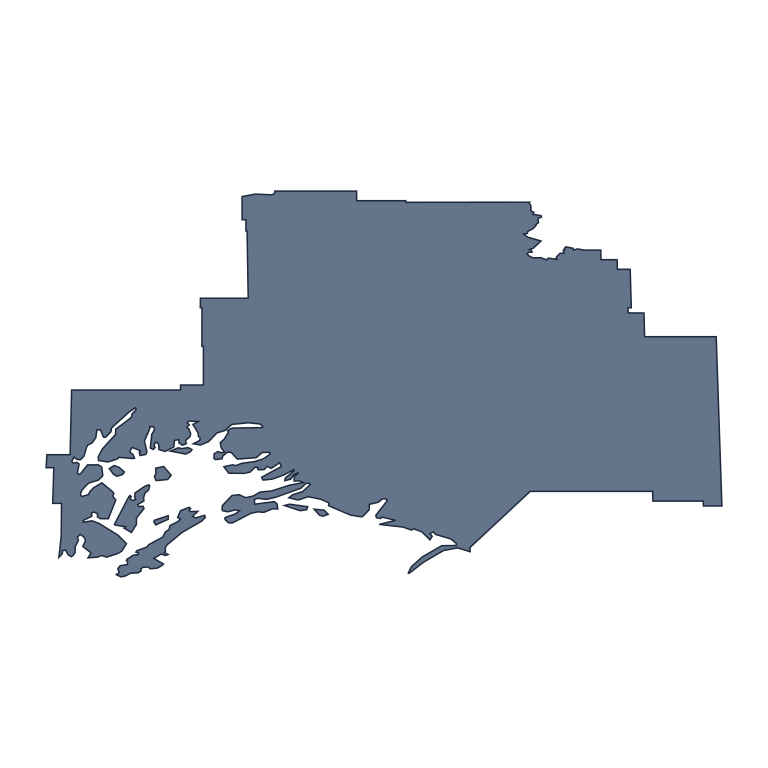 Valdez-Cordova, Alaska, United States of America
{"feature_id": "52423323B16539688175930", "entity_name": "Valdez-Cordova", "entity_type": "district", "adm_level": 2, "iso_a3": "USA", "parent_name": "United States of America", "parent_adm1": "Alaska", "projection": "natural_earth1", "projection_center": [-146.532, 61.491], "detail": "fine", "context": "isolated", "style": "filled", "palette": "slate", "viewbox_px": 768, "rotation_deg": 0, "n_neighbors": 0, "source": "geoboundaries", "source_scale": "gbopen_adm2", "svg_char_len": 6075}
<svg xmlns="http://www.w3.org/2000/svg" viewBox="0 0 768 768"><path d="M242.1,196.5L242.1,219.8L245.9,219.8L245.9,231.0L247.1,231.0L248.2,298.2L200.4,298.2L200.3,307.8L202.0,307.8L201.9,346.4L203.4,346.4L203.4,385.0L180.5,385.0L180.5,390.0L71.6,390.0L70.1,454.7L46.9,454.7L46.1,467.7L53.8,467.7L52.7,503.4L61.5,503.4L61.2,535.9L58.9,557.3L62.3,553.8L62.5,550.8L65.5,550.0L68.2,554.9L71.3,556.7L73.1,555.4L75.1,552.7L75.2,546.7L78.4,540.4L77.4,537.0L80.3,534.5L83.8,536.9L85.6,540.6L82.8,546.4L91.0,552.9L88.0,557.8L97.2,557.2L101.4,555.5L106.8,557.1L117.4,553.7L121.7,551.2L126.5,543.7L118.3,535.4L99.3,523.5L92.1,520.8L83.4,522.2L83.2,520.5L91.8,516.2L91.6,512.8L93.8,512.0L97.5,513.6L97.4,516.8L100.4,518.7L108.3,518.7L115.8,500.1L112.7,496.0L113.9,493.5L112.6,491.7L101.9,482.8L94.1,487.4L90.0,491.4L88.5,494.6L82.0,496.5L80.5,495.1L80.6,493.5L81.7,490.4L85.3,486.5L88.6,483.1L98.5,480.1L102.8,475.7L101.7,466.9L98.2,464.8L87.5,464.9L80.6,473.6L78.3,474.4L77.5,472.7L79.1,464.0L76.6,462.4L73.5,463.3L71.8,461.3L74.0,457.1L77.2,459.5L80.6,459.7L84.1,455.9L86.7,446.9L88.1,444.8L92.2,442.9L95.8,437.7L96.9,429.9L100.5,429.8L103.4,437.1L105.6,437.3L111.0,431.7L111.4,428.3L113.3,426.3L129.4,411.8L135.3,407.8L136.2,409.7L132.2,413.7L131.2,417.5L115.7,429.3L115.6,434.4L102.3,449.0L98.2,456.9L98.5,460.5L108.1,462.0L118.0,458.7L118.6,457.3L133.4,458.6L134.6,458.1L132.9,454.3L129.7,451.9L132.0,447.4L140.2,450.7L140.5,451.7L139.2,452.3L140.0,455.5L145.7,454.5L147.0,451.8L144.4,441.1L149.8,428.6L149.7,426.5L153.6,426.9L154.6,429.6L151.8,434.2L150.3,448.0L153.1,449.5L155.2,447.5L154.0,445.9L155.4,442.4L157.0,442.5L158.7,444.3L158.9,449.6L165.3,451.4L173.8,447.0L174.4,440.5L178.9,439.5L179.0,443.0L182.4,445.2L186.4,443.7L185.6,441.8L186.3,439.8L190.0,436.6L190.7,433.7L188.8,428.9L186.7,427.7L189.3,424.8L187.2,422.8L188.8,421.0L198.4,421.5L192.9,424.4L198.2,433.1L198.3,436.1L200.2,438.1L199.7,440.4L193.3,443.8L200.5,445.0L208.6,441.6L217.0,432.9L225.1,430.5L231.8,424.4L248.3,422.8L260.1,424.0L262.8,426.6L262.3,427.6L232.3,428.1L229.3,429.3L227.6,430.9L228.3,432.3L224.2,439.2L220.3,442.5L221.1,447.8L224.5,452.0L221.9,452.7L217.8,451.6L214.1,453.9L213.9,458.3L215.5,459.6L222.1,458.8L222.7,456.1L227.4,452.2L231.2,452.4L237.3,459.1L256.2,457.7L262.3,452.5L268.8,452.3L270.2,453.1L269.2,454.9L263.0,459.0L254.0,461.7L241.6,463.3L235.9,465.6L232.5,464.8L223.9,466.7L228.7,473.2L243.9,473.4L250.1,472.1L255.0,467.3L258.0,467.5L257.6,469.0L258.8,469.9L264.4,469.5L267.0,466.4L271.3,468.4L279.6,462.7L281.4,466.5L261.7,477.2L262.3,479.0L263.2,480.1L272.4,479.1L283.8,475.0L293.8,469.6L294.0,470.7L285.3,478.0L284.8,480.7L290.7,479.2L294.0,474.6L298.8,472.5L294.2,476.8L294.2,481.1L299.9,480.9L303.2,482.5L289.5,485.2L271.7,490.9L260.0,492.1L253.2,496.0L245.6,497.7L239.2,494.7L232.0,495.5L222.4,505.5L222.0,509.6L222.7,510.8L228.1,511.8L235.1,509.9L239.6,510.7L235.4,513.9L225.8,517.2L224.8,518.1L225.1,519.6L228.5,522.8L232.3,523.0L251.0,513.3L258.0,511.8L263.8,512.4L272.5,508.8L277.7,509.0L277.1,503.9L274.3,501.6L254.8,504.2L254.3,499.5L257.7,498.3L266.4,499.4L275.8,497.2L301.0,488.2L305.9,483.5L308.3,483.1L310.4,484.5L302.6,491.6L292.8,494.7L288.8,497.8L298.2,500.0L308.4,496.7L320.8,499.3L328.8,502.8L328.6,505.7L350.5,515.1L360.9,516.8L362.9,516.3L369.1,509.9L369.3,504.4L378.5,502.2L382.5,498.8L385.9,498.9L387.2,500.2L385.3,503.2L375.8,515.3L376.5,517.7L380.4,518.5L382.2,517.2L395.7,520.3L379.1,524.4L403.1,527.1L411.6,530.1L413.6,528.8L421.8,531.8L430.0,539.9L432.2,536.3L429.9,533.7L433.2,531.9L435.5,534.4L450.9,539.0L456.4,543.5L456.1,545.5L441.7,545.7L422.3,556.9L411.2,566.9L408.3,573.1L409.2,573.3L423.7,562.1L443.6,550.5L457.6,547.9L470.1,551.7L470.0,547.5L530.2,491.4L652.6,491.4L652.9,501.1L703.3,501.1L703.4,506.0L721.9,506.0L716.2,336.7L644.6,336.7L644.0,313.0L628.2,312.9L628.0,307.8L631.3,307.8L630.2,269.3L617.4,269.3L617.1,259.7L601.0,259.7L600.8,250.1L584.3,250.1L577.4,248.9L573.6,250.1L573.1,248.3L565.9,246.8L564.3,248.4L564.8,249.8L563.2,250.2L564.1,253.0L559.9,253.4L556.7,256.7L555.9,258.4L556.7,259.3L548.3,258.1L546.8,259.9L541.0,257.7L533.1,257.8L529.1,256.0L527.1,253.8L528.5,252.3L532.0,252.2L531.2,250.0L529.7,249.4L533.3,248.2L541.0,241.0L527.6,237.1L523.8,234.0L527.5,233.4L527.6,231.5L533.3,228.5L536.2,225.1L535.6,224.5L538.5,222.7L537.9,218.5L541.5,217.1L541.0,215.6L532.7,214.3L533.9,212.4L530.5,210.6L531.1,208.9L530.6,204.9L528.8,202.8L529.5,202.2L405.8,202.3L405.8,200.7L356.7,200.7L356.6,191.1L274.8,191.1L274.8,193.1L272.4,194.8L255.3,194.1L242.1,196.5ZM116.3,574.6L120.9,576.9L124.8,576.2L130.7,573.2L138.0,572.9L141.2,570.8L140.7,569.0L143.1,567.3L148.1,567.0L150.3,568.8L157.4,568.1L161.8,565.6L163.5,564.0L153.9,558.5L161.0,554.0L165.2,555.5L168.1,554.5L164.3,552.6L165.6,550.9L165.0,548.4L167.0,544.9L182.3,532.3L201.9,521.0L205.3,517.4L204.7,515.3L195.5,517.9L192.6,516.3L197.8,511.4L190.2,511.5L189.2,510.0L190.6,508.6L189.1,507.3L180.5,510.7L177.6,517.5L180.5,519.0L178.2,521.4L170.0,525.6L169.0,529.4L165.2,532.1L162.8,537.1L149.3,544.3L146.4,547.3L137.0,550.6L135.9,552.1L138.3,552.9L138.2,554.5L133.1,555.3L127.2,559.1L126.4,560.5L127.7,562.1L127.3,564.5L120.1,565.8L117.8,568.6L119.1,572.6L116.3,574.6ZM128.9,496.5L114.4,524.4L115.3,525.1L125.5,526.8L124.0,528.1L131.4,532.5L136.4,524.5L136.5,518.0L144.0,508.6L143.0,506.3L138.5,506.4L137.7,504.5L143.9,501.0L143.6,497.7L145.0,493.1L148.7,489.9L149.7,485.5L148.7,484.8L144.6,486.4L135.1,492.9L134.6,497.0L135.6,499.7L132.5,500.5L130.0,498.7L131.2,496.5L130.1,495.6L128.9,496.5ZM154.5,476.5L155.9,480.5L158.5,480.4L167.7,479.5L171.2,475.3L163.7,466.5L155.7,468.2L156.0,473.2L154.5,476.5ZM109.3,468.6L113.5,474.3L116.8,476.3L122.5,474.6L124.4,472.0L119.2,467.4L114.1,465.5L109.3,468.6ZM170.3,451.1L185.8,454.1L190.4,451.8L192.0,449.6L188.2,447.6L181.4,448.6L178.5,447.7L170.3,451.1ZM284.4,505.5L300.1,510.7L306.8,509.7L307.7,506.7L289.5,504.2L284.4,505.5ZM324.1,510.1L314.1,509.2L319.5,515.2L323.3,516.2L328.2,514.3L324.1,510.1ZM153.8,521.6L155.7,524.9L168.3,519.2L168.2,515.7L154.6,520.2L153.8,521.6Z" fill="#64748b" stroke="#1e293b" stroke-width="1.5"/></svg>